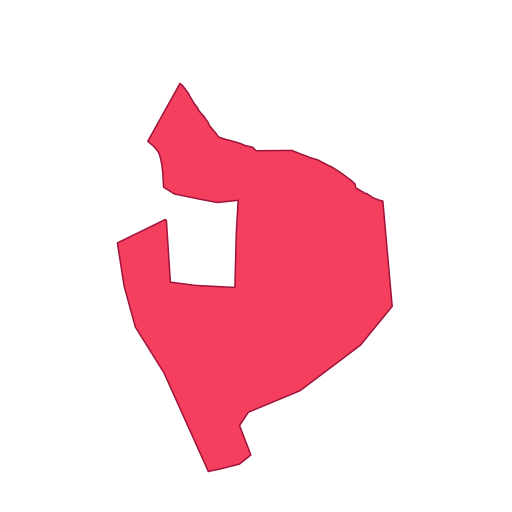 Town, Vieux Fort, Saint Lucia (Robinson projection), rotated 159°
{"feature_id": "8701671B64489112890700", "entity_name": "Town", "entity_type": "district", "adm_level": 2, "iso_a3": "LCA", "parent_name": "Saint Lucia", "parent_adm1": "Vieux Fort", "projection": "robinson", "projection_center": [-60.954, 13.728], "detail": "fine", "context": "isolated", "style": "filled", "palette": "rose", "viewbox_px": 512, "rotation_deg": 159, "n_neighbors": 0, "source": "geoboundaries", "source_scale": "gbopen_adm2", "svg_char_len": 1413}
<svg xmlns="http://www.w3.org/2000/svg" viewBox="0 0 512 512"><g transform="rotate(159 256 256)"><path d="M327.6,322.6L380.7,317.9L389.9,275.4L394.1,232.9L389.3,208.4L383.8,179.9L377.7,71.9L364.2,69.8L345.9,67.7L336.4,70.7L334.9,71.2L332.1,72.2L332.1,103.6L319.1,112.9L263.1,114.5L190.5,135.3L146.9,160.2L117.9,261.8L120.9,264.0L124.5,267.1L126.5,269.2L128.6,272.3L130.5,274.8L130.9,275.1L132.2,275.7L132.9,277.1L134.2,278.5L136.9,282.1L138.5,283.8L138.1,285.6L137.7,287.8L139.7,291.7L142.9,296.9L145.2,300.6L147.5,304.0L153.2,311.8L156.1,314.8L161.1,320.4L164.1,323.8L168.0,326.7L170.6,328.7L174.3,332.3L176.6,334.2L183.5,340.6L184.4,341.5L191.5,344.3L200.5,347.6L209.8,351.1L218.2,354.2L220.0,358.5L222.6,360.5L226.3,362.8L228.7,365.2L233.1,368.9L239.7,373.8L242.6,375.8L247.7,379.9L248.4,381.4L249.2,383.0L249.2,384.5L250.3,387.2L251.6,391.1L252.7,394.5L252.9,398.2L253.9,402.0L254.6,405.3L255.9,408.3L257.0,411.6L257.5,414.1L257.5,415.8L258.8,419.5L260.1,426.5L260.7,429.8L260.5,430.6L261.7,435.3L263.6,441.8L264.7,443.5L265.2,444.3L315.9,401.9L314.1,398.5L312.5,395.6L311.4,393.0L310.8,391.0L310.1,388.4L309.8,387.1L309.8,385.4L309.9,383.6L310.2,380.8L310.6,378.8L311.0,376.0L313.1,367.4L317.6,353.4L309.9,343.1L295.6,334.0L286.4,328.1L272.7,319.7L252.7,314.4L265.9,285.1L287.0,234.2L323.6,250.5L333.3,255.8L345.3,262.3L327.0,321.0L327.6,322.6Z" fill="#f43f5e" stroke="#9f1239" stroke-width="1.5"/></g></svg>